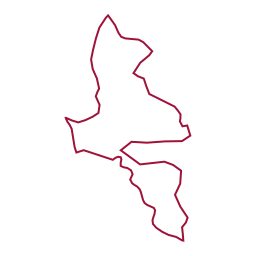 SVG path tracing the border of Babək
{"feature_id": "AZE-2420", "entity_name": "Babək", "entity_type": "District", "adm_level": 1, "iso_a3": "AZE", "parent_name": "Azerbaijan", "parent_adm1": "", "projection": "mercator", "projection_center": [45.36, 39.281], "detail": "fine", "context": "isolated", "style": "outline", "palette": "rose", "viewbox_px": 256, "rotation_deg": 0, "n_neighbors": 0, "source": "natural_earth", "source_scale": "10m", "svg_char_len": 1288}
<svg xmlns="http://www.w3.org/2000/svg" viewBox="0 0 256 256"><path d="M108.1,15.4L115.1,25.2L118.4,32.7L121.2,36.8L125.2,38.4L138.5,39.6L143.3,42.2L152.2,51.2L149.3,55.2L140.3,62.7L133.5,73.1L137.8,76.2L143.8,78.6L146.3,86.2L149.3,94.0L161.8,100.2L174.6,106.6L177.8,110.5L180.5,114.3L180.4,118.5L179.9,121.4L182.5,126.3L187.2,125.5L190.3,135.6L182.0,141.1L164.6,141.4L147.0,142.7L131.5,141.8L120.8,150.3L140.1,164.4L164.4,161.7L173.2,165.0L181.1,170.7L180.2,183.7L175.0,194.8L180.3,206.6L187.6,217.6L185.9,222.5L182.1,227.2L182.9,235.0L183.3,240.6L182.0,240.3L176.3,237.0L171.9,235.8L168.5,234.9L162.2,231.8L156.3,227.8L153.0,224.0L152.5,220.1L153.4,217.1L154.5,214.0L155.1,210.3L153.8,207.9L147.1,204.9L144.5,202.9L143.0,199.9L140.9,192.2L139.7,189.3L137.1,186.5L134.5,185.0L132.1,183.2L130.2,179.5L132.6,174.2L131.0,170.3L127.3,168.0L123.4,167.2L120.7,165.9L120.7,162.8L121.4,159.4L120.7,157.2L118.0,156.8L115.5,157.8L113.6,159.2L112.8,159.8L83.7,150.2L76.4,152.5L74.6,147.0L71.7,129.0L69.8,125.1L67.4,121.7L65.7,117.9L65.9,117.8L72.0,120.5L78.2,122.4L85.5,120.1L92.7,116.7L98.4,113.0L99.6,104.9L97.6,100.5L95.8,96.3L97.3,92.2L99.1,88.6L96.9,78.5L92.7,69.0L91.1,59.5L93.1,49.7L95.9,38.5L99.4,27.6L105.9,17.7L108.1,15.4L108.1,15.4Z" fill="none" stroke="#9f1239" stroke-width="2"/></svg>